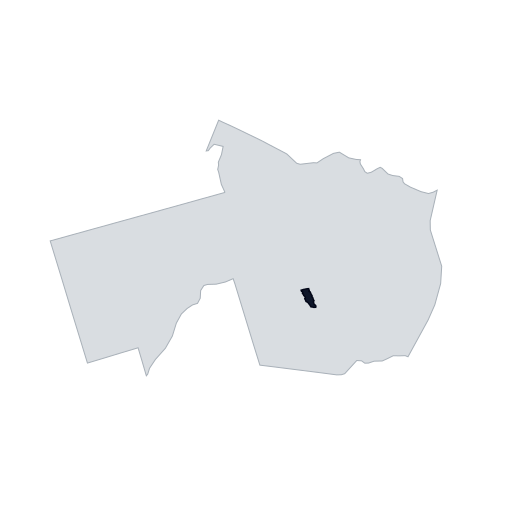 location of Cunén, Quiché, Guatemala, rotated 253°
{"feature_id": "79465075B6309522429005", "entity_name": "Cunén", "entity_type": "district", "adm_level": 2, "iso_a3": "GTM", "parent_name": "Guatemala", "parent_adm1": "Quiché", "projection": "equal_earth", "projection_center": [-91.026, 15.371], "detail": "fine", "context": "in_parent", "style": "filled", "palette": "ink", "viewbox_px": 512, "rotation_deg": 253, "n_neighbors": 0, "source": "geoboundaries", "source_scale": "gbopen_adm2", "svg_char_len": 3152}
<svg xmlns="http://www.w3.org/2000/svg" viewBox="0 0 512 512"><g transform="rotate(253 256 256)"><path d="M115.2,371.9L117.1,369.5L118.6,363.9L120.5,358.1L119.4,351.4L118.7,346.0L120.9,338.2L120.7,332.3L121.7,328.7L124.9,326.3L126.6,321.8L117.5,306.4L117.5,302.9L118.7,298.5L126.2,282.0L135.0,262.4L144.7,240.8L150.5,227.8L171.7,227.7L185.8,227.7L203.6,227.7L223.0,227.7L235.7,227.7L241.0,227.5L240.1,219.1L240.7,209.7L243.0,201.3L243.0,197.5L239.2,193.0L231.9,190.3L227.8,186.2L227.8,181.1L226.0,174.9L222.4,167.7L215.1,160.2L203.9,152.6L194.3,142.4L186.5,129.6L179.8,121.4L174.7,117.9L173.5,116.1L188.5,116.3L202.7,116.4L202.8,98.1L202.8,81.8L202.9,63.5L228.6,63.5L259.2,63.5L291.0,63.6L315.9,63.6L330.6,63.6L330.0,86.4L329.3,112.8L328.8,132.2L328.1,158.2L327.4,184.7L326.5,220.9L325.9,244.4L326.2,244.9L334.6,243.8L347.0,244.8L350.0,244.7L353.8,246.8L356.7,247.4L363.0,252.6L370.4,256.6L375.1,248.6L372.6,243.7L370.7,241.2L371.0,239.1L396.8,260.0L393.8,263.2L387.3,270.6L375.5,283.4L364.9,294.8L354.7,305.1L345.5,314.4L344.4,315.4L332.8,322.0L330.8,325.1L328.4,338.3L327.2,341.5L329.4,348.8L331.5,360.1L330.9,366.1L322.8,373.3L319.1,379.9L317.5,384.1L316.0,383.0L313.5,382.7L307.7,384.3L304.9,384.7L302.6,386.6L302.4,390.7L304.0,397.3L304.5,400.7L302.9,402.3L295.8,406.2L293.0,410.2L290.3,416.2L287.2,418.8L283.9,418.3L281.6,419.2L276.7,423.8L269.3,432.6L265.3,439.2L265.2,444.1L266.0,448.5L238.9,432.9L229.9,430.3L191.9,430.6L175.6,424.5L157.0,412.7L144.5,401.9L115.2,371.9Z" fill="#d9dde1" stroke="#a8b0b8" stroke-width="1"/><path d="M189.5,298.1L189.9,298.4L190.3,298.5L190.9,298.6L191.4,298.5L191.9,298.2L192.3,297.7L192.7,297.4L192.9,297.3L193.3,297.4L193.5,297.5L193.8,297.5L194.8,297.5L195.2,297.4L195.4,297.4L195.6,297.6L195.9,298.0L196.2,298.3L196.3,298.4L197.0,298.2L198.5,298.1L198.9,298.0L199.1,298.0L199.5,298.1L199.8,298.1L200.2,297.9L200.3,297.7L200.7,297.5L200.8,297.4L201.0,297.4L201.4,297.9L201.6,298.0L202.0,298.0L202.4,297.8L202.6,297.6L203.3,297.6L204.2,297.4L205.4,297.4L205.7,297.3L206.0,297.2L206.3,296.9L206.5,296.5L206.7,296.3L206.9,296.3L207.1,296.6L207.3,296.8L207.6,296.8L208.2,296.8L208.3,296.8L208.7,296.8L208.9,296.7L209.4,296.8L209.5,296.2L209.6,295.9L209.7,295.5L209.7,295.2L209.8,294.6L209.9,293.7L209.9,293.1L209.9,292.9L210.0,292.5L210.1,291.9L210.1,289.5L210.1,289.2L209.9,289.2L209.6,289.1L209.1,289.2L208.8,289.3L208.2,289.9L207.9,290.1L207.6,290.0L207.2,289.9L206.8,289.6L206.7,289.5L206.4,289.5L206.2,289.6L205.8,290.0L205.6,290.1L204.9,290.1L204.5,290.1L204.3,290.1L203.9,290.3L203.3,290.7L203.2,290.8L202.8,290.9L202.4,291.0L202.0,291.0L201.8,291.0L201.6,290.9L201.4,290.8L201.4,290.6L201.2,290.4L201.0,290.2L200.9,290.1L200.7,290.1L200.3,290.3L200.2,290.4L199.3,290.5L198.8,290.4L198.5,290.5L198.1,290.5L197.8,290.6L197.7,290.7L197.3,291.2L197.1,291.4L197.0,291.5L196.7,291.8L196.3,292.0L195.6,292.4L195.1,292.5L194.7,292.7L194.4,292.9L194.2,292.8L193.4,293.2L192.8,293.3L192.6,293.3L192.0,293.6L191.4,293.7L191.3,293.8L191.2,293.8L191.1,294.0L191.1,294.6L190.9,294.8L190.7,295.1L190.4,295.5L189.9,296.4L189.7,297.4L189.6,297.9L189.5,298.1Z" fill="#0f172a" stroke="#020617" stroke-width="1.5"/></g></svg>